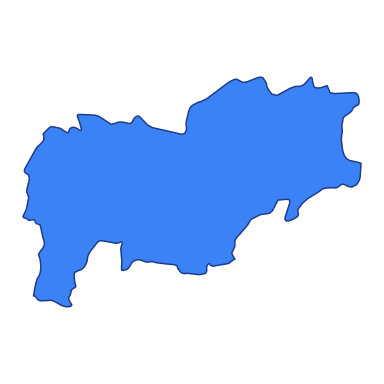 SVG path tracing the border of Uruzgan
{"feature_id": "AFG-1752", "entity_name": "Uruzgan", "entity_type": "Province", "adm_level": 1, "iso_a3": "AFG", "parent_name": "Afghanistan", "parent_adm1": "", "projection": "robinson", "projection_center": [66.006, 32.797], "detail": "fine", "context": "isolated", "style": "filled", "palette": "blue", "viewbox_px": 384, "rotation_deg": 0, "n_neighbors": 0, "source": "natural_earth", "source_scale": "10m", "svg_char_len": 4679}
<svg xmlns="http://www.w3.org/2000/svg" viewBox="0 0 384 384"><path d="M327.2,85.7L330.0,92.7L334.7,93.6L353.5,92.6L356.6,93.4L357.7,95.0L358.7,97.4L359.1,100.7L359.0,102.8L358.6,104.3L358.0,104.9L354.9,106.5L353.9,107.3L353.1,108.3L351.8,110.8L350.7,112.0L344.3,116.6L343.6,117.4L343.2,118.2L343.0,118.9L342.7,121.5L342.5,122.1L341.9,125.2L342.3,131.4L342.2,133.1L341.8,134.3L341.5,136.8L341.4,140.3L342.3,148.2L343.1,152.1L344.4,155.6L345.9,157.8L347.6,159.4L349.8,160.5L358.8,162.5L361.0,163.4L360.2,176.3L359.9,177.9L359.4,180.2L358.6,181.4L357.3,183.7L356.6,184.6L355.6,185.2L354.7,185.5L353.3,186.4L352.5,186.8L351.2,187.0L349.8,186.8L348.2,186.5L347.2,186.1L345.2,184.8L343.6,184.2L341.4,184.4L338.2,186.9L336.9,187.6L335.8,187.9L331.3,187.7L325.6,188.1L323.1,188.8L321.0,189.9L319.8,191.1L307.7,198.7L304.6,201.3L301.7,204.2L298.8,208.2L298.2,209.2L297.9,210.2L297.8,211.3L298.3,213.8L298.3,215.1L297.1,216.8L295.0,218.2L290.7,220.3L288.3,220.9L286.6,221.0L285.9,220.5L285.5,220.1L285.3,219.8L285.0,219.0L285.0,218.1L285.3,216.7L289.4,203.9L289.8,202.0L289.8,200.8L289.6,200.1L289.0,199.6L286.1,199.3L278.0,200.1L272.5,210.7L269.5,213.3L260.5,214.6L251.7,219.0L250.2,220.5L248.0,224.3L245.6,227.5L236.6,237.7L235.0,240.2L234.8,241.5L234.9,243.1L234.9,244.9L234.6,247.1L232.4,251.6L231.9,252.9L232.0,253.8L232.5,255.1L233.2,256.4L234.9,259.0L230.4,261.9L229.5,262.9L227.5,263.7L215.4,265.7L213.4,266.3L211.3,265.7L210.4,265.0L210.0,264.2L209.7,263.7L209.0,263.7L208.1,264.2L207.1,265.6L206.7,266.7L206.7,268.0L206.7,270.3L206.7,270.9L206.5,271.7L206.1,272.7L205.0,273.6L199.0,274.7L187.6,273.3L184.7,273.6L182.9,273.4L181.3,272.8L179.9,271.4L177.9,268.6L177.6,267.9L177.2,266.3L176.9,265.6L174.5,264.7L165.9,263.9L156.2,262.7L153.1,261.8L151.7,261.6L147.5,262.1L146.5,262.1L140.5,260.1L138.9,259.8L137.6,259.7L135.6,260.3L133.9,261.1L133.0,261.6L132.3,262.3L131.7,263.0L129.4,266.9L128.7,267.9L127.9,268.6L127.1,269.2L126.2,269.6L123.2,270.4L122.4,270.4L121.8,270.3L121.6,269.5L121.5,268.0L121.9,261.9L120.8,249.3L121.2,246.5L121.8,244.6L122.3,243.7L122.4,243.0L122.1,242.2L121.5,242.0L121.0,242.0L117.9,243.1L115.6,243.2L102.0,240.7L100.4,240.8L99.2,241.0L98.8,241.2L98.3,241.6L97.0,242.8L90.5,251.1L88.6,254.3L87.7,256.9L87.2,260.4L86.5,262.9L84.8,266.1L83.4,267.9L82.1,269.1L81.3,269.5L78.7,270.5L75.4,272.1L74.9,272.6L74.5,273.1L74.2,274.5L74.2,276.6L74.6,281.4L75.7,285.9L75.7,286.8L74.7,287.7L72.9,288.7L72.2,289.3L71.9,289.6L71.6,290.0L71.3,290.9L70.3,294.7L69.7,295.9L69.1,296.8L68.7,297.4L68.7,298.5L68.8,299.4L71.8,305.1L70.7,306.2L69.1,306.6L66.5,306.8L64.0,306.3L61.4,305.3L54.3,301.3L51.5,300.3L41.6,300.8L39.5,300.6L37.9,299.7L35.2,296.3L33.5,295.8L35.7,283.6L37.3,278.6L39.0,275.8L39.6,274.5L40.0,273.3L40.6,270.3L40.8,268.2L40.8,265.5L40.3,260.7L39.8,258.3L39.2,256.5L38.8,255.7L38.6,254.8L38.9,253.7L39.8,252.0L42.5,248.6L44.0,246.1L44.4,244.2L44.1,241.3L42.8,237.1L40.7,227.2L40.0,224.9L37.9,224.0L37.0,223.9L36.3,223.4L35.5,222.4L34.8,220.7L34.0,219.9L32.8,219.6L30.0,220.3L29.2,220.3L28.4,220.0L26.6,218.7L25.2,218.0L23.8,217.8L23.3,217.1L23.0,216.5L26.4,209.2L28.7,197.5L28.2,196.0L27.7,194.1L27.2,193.2L26.9,192.3L26.7,191.1L26.9,189.3L29.1,180.5L29.3,178.5L29.1,177.3L28.9,176.3L28.6,175.4L28.2,174.7L27.4,174.1L25.9,173.2L25.2,172.6L24.6,171.8L24.4,171.1L24.4,170.2L24.6,169.2L35.6,149.4L37.5,146.6L39.7,144.8L43.0,141.4L43.7,139.6L43.8,138.3L43.9,137.2L43.8,136.4L43.2,134.7L43.6,133.5L44.7,132.2L48.8,128.2L50.3,127.1L51.2,126.6L54.6,127.1L60.3,128.3L65.7,131.9L67.3,132.7L68.3,132.6L68.8,131.6L69.1,130.3L69.8,128.9L70.9,127.9L73.3,127.2L75.4,127.7L77.4,128.7L79.9,130.5L80.9,130.5L81.3,129.8L81.1,127.9L79.3,121.4L77.6,116.8L77.3,115.7L77.8,114.8L79.4,114.4L94.3,115.1L96.3,115.5L98.1,116.1L99.8,116.9L110.6,124.0L111.9,124.2L113.2,124.0L117.1,122.5L118.9,122.1L121.0,122.0L122.7,122.1L128.9,123.5L130.2,123.4L131.3,122.9L132.1,122.0L134.3,118.1L136.1,116.5L137.7,116.1L138.9,116.1L140.6,117.7L147.5,124.9L152.3,127.6L175.3,132.8L180.9,134.2L183.8,133.9L184.7,133.1L185.6,131.8L186.3,130.2L186.5,128.7L186.4,127.1L186.2,125.5L186.1,123.8L186.3,121.7L188.6,111.5L189.9,108.2L191.2,106.5L192.5,105.3L197.6,102.5L201.2,101.4L206.7,98.8L228.9,82.1L232.6,80.2L234.9,79.4L236.4,79.2L237.2,79.4L241.3,81.7L242.9,82.4L245.1,82.2L247.9,81.5L256.7,78.0L259.2,77.3L260.8,77.2L261.9,77.4L262.7,77.7L263.3,78.2L265.7,82.1L266.3,83.3L266.6,84.5L266.7,85.7L267.0,86.8L267.8,88.4L269.6,91.4L271.9,94.1L277.0,95.4L290.1,88.3L295.0,86.5L298.8,86.4L301.9,85.7L303.9,84.5L306.0,82.5L309.7,78.1L310.8,77.4L311.5,77.4L312.1,78.3L312.8,82.6L313.8,86.3L314.5,87.2L315.7,87.8L318.8,88.0L321.0,87.7L327.2,85.7Z" fill="#3b82f6" stroke="#1e3a8a" stroke-width="1.5"/></svg>